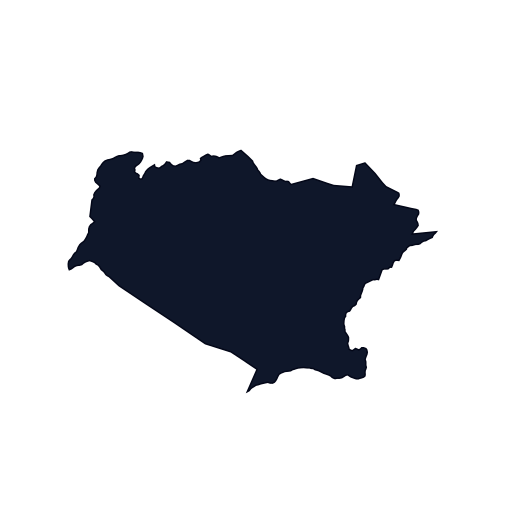 Jaguarari, Bahia, Brazil (Robinson projection), rotated 239°
{"feature_id": "56859067B76706661929889", "entity_name": "Jaguarari", "entity_type": "district", "adm_level": 2, "iso_a3": "BRA", "parent_name": "Brazil", "parent_adm1": "Bahia", "projection": "robinson", "projection_center": [-40.065, -10.053], "detail": "fine", "context": "isolated", "style": "filled", "palette": "ink", "viewbox_px": 512, "rotation_deg": 239, "n_neighbors": 0, "source": "geoboundaries", "source_scale": "gbopen_adm2", "svg_char_len": 5047}
<svg xmlns="http://www.w3.org/2000/svg" viewBox="0 0 512 512"><g transform="rotate(239 256 256)"><path d="M402.4,211.4L404.0,210.1L405.6,208.3L406.8,206.2L408.0,204.4L409.3,203.0L410.0,201.4L409.9,199.1L410.1,196.7L410.5,195.0L411.0,193.3L411.7,191.6L412.5,190.1L412.9,188.1L413.1,185.7L413.1,184.0L413.5,182.1L414.1,179.9L414.7,178.5L415.2,175.5L414.8,173.2L413.9,170.8L413.1,169.4L412.4,167.1L411.3,164.8L409.2,162.7L408.0,161.9L406.8,160.8L405.8,159.5L405.3,157.6L403.9,156.8L401.9,156.6L400.3,157.1L398.4,157.7L396.2,158.3L394.9,156.7L394.6,154.8L394.2,152.9L393.3,150.5L392.0,148.6L390.0,147.6L389.0,146.1L388.5,144.3L375.4,134.0L372.6,134.7L368.5,135.4L368.2,133.7L368.0,132.2L367.9,130.5L366.9,128.3L365.3,126.6L363.9,125.7L362.2,124.7L361.0,122.7L359.7,121.0L358.5,118.9L357.3,116.5L357.0,114.4L356.9,112.9L356.4,110.8L354.9,108.0L353.5,106.3L352.0,104.2L351.8,102.1L351.0,100.1L349.7,97.9L348.9,96.1L348.6,94.5L347.9,92.7L345.9,91.0L343.7,89.8L342.1,89.2L340.4,88.9L340.1,90.9L340.3,93.3L340.5,95.0L340.3,96.8L339.8,98.4L339.0,100.0L338.4,102.2L338.8,104.3L338.8,106.7L338.5,108.4L337.9,110.9L336.7,112.0L335.2,113.2L333.4,114.4L331.5,114.8L329.5,116.0L327.3,116.4L325.4,116.4L324.0,116.4L322.7,116.9L321.0,117.5L319.4,117.7L317.3,117.8L315.6,118.5L313.9,119.5L301.0,123.3L270.8,137.5L266.0,139.8L241.2,151.6L206.9,167.4L186.7,185.2L172.1,192.2L169.4,193.4L158.3,198.6L144.2,178.7L144.1,180.8L145.0,183.1L145.2,184.7L145.2,186.9L145.3,189.4L144.5,191.8L144.0,194.2L142.6,198.5L141.7,201.1L139.8,202.7L138.5,204.8L138.4,206.8L139.0,208.6L140.1,210.6L141.4,212.4L142.8,214.8L142.8,217.4L142.5,219.1L142.2,221.2L141.5,222.7L140.4,225.1L139.8,226.6L139.8,228.8L139.3,230.5L139.0,232.0L138.4,234.3L137.0,237.3L135.9,239.4L134.1,241.8L132.5,244.3L131.2,245.5L130.0,247.2L128.1,248.1L126.6,249.6L125.2,250.8L123.0,252.2L120.6,253.7L118.5,255.5L116.4,257.2L114.6,258.3L113.0,258.7L111.7,259.4L110.2,260.6L109.6,262.4L108.2,264.8L107.5,266.9L107.5,269.1L107.6,271.5L106.9,273.5L104.6,274.5L103.3,275.2L102.1,276.2L100.7,277.3L99.2,278.6L98.1,280.3L97.8,281.8L97.2,283.8L96.8,285.9L97.1,287.6L98.4,288.6L100.0,289.4L101.7,290.6L102.6,291.9L103.8,293.2L105.8,293.8L107.1,294.6L108.8,295.6L111.3,296.3L113.1,298.4L114.7,300.5L116.2,301.8L118.5,302.6L120.0,302.5L121.9,301.0L122.9,299.4L122.4,297.5L122.6,295.7L124.3,294.5L125.5,293.6L125.3,292.0L125.1,290.2L126.3,288.7L128.2,287.8L130.0,288.4L131.8,288.8L134.0,289.5L135.6,291.4L137.0,292.4L138.5,293.3L139.8,293.5L141.2,293.5L143.5,293.4L145.6,293.3L146.8,294.2L148.4,294.6L149.8,295.5L151.2,295.8L152.5,296.2L154.3,297.4L155.8,298.5L157.5,300.1L158.1,301.7L159.5,302.5L160.7,303.7L161.2,305.7L160.6,307.8L161.2,309.2L162.2,310.8L163.0,312.9L162.7,314.9L163.1,316.9L164.7,318.4L165.7,320.0L166.3,322.2L166.6,324.1L168.5,325.4L169.8,327.1L171.2,328.9L172.5,330.3L173.6,331.1L174.4,332.7L175.5,334.0L176.3,335.6L176.0,338.4L175.8,340.8L175.5,344.1L174.5,345.5L173.8,347.7L172.7,348.9L179.3,357.0L179.0,359.0L178.1,360.6L177.0,362.5L177.5,365.0L176.6,366.4L177.9,368.2L179.5,370.0L180.7,372.3L180.0,374.4L178.6,376.2L179.7,378.1L180.6,379.5L182.1,381.4L183.2,382.9L183.7,384.3L184.0,386.6L184.4,388.4L185.4,389.4L185.6,391.4L185.8,393.1L184.7,395.4L184.3,397.0L183.7,399.0L182.5,401.1L182.1,402.8L182.5,404.9L182.5,407.3L181.7,409.5L181.7,412.0L181.5,414.4L181.2,416.6L182.1,417.8L182.9,419.4L183.3,421.5L183.9,423.1L194.3,401.2L195.5,402.7L196.3,404.0L196.8,406.1L197.8,408.8L198.7,410.7L200.7,411.5L202.5,411.7L204.2,411.7L205.9,412.9L207.2,414.8L208.3,417.0L209.9,418.1L211.7,418.5L213.4,417.2L216.8,413.4L229.0,400.7L230.2,402.7L231.4,404.6L232.2,406.3L232.8,408.0L233.7,409.5L235.0,410.3L236.3,410.7L237.6,410.0L248.5,403.1L253.7,402.0L265.4,400.5L279.6,397.3L281.7,388.8L265.6,374.0L276.4,358.9L281.3,354.6L293.0,344.8L299.2,322.8L301.0,322.4L303.0,322.2L304.0,321.1L304.7,319.6L306.3,318.4L308.0,317.4L309.3,316.4L309.5,314.2L309.6,312.1L310.8,310.2L312.2,308.6L313.4,307.0L315.1,305.4L317.3,304.1L319.4,303.3L321.7,302.6L323.7,302.0L325.1,302.2L327.0,302.1L328.7,301.7L330.4,302.0L332.0,302.0L335.4,301.6L337.6,301.5L339.1,301.9L345.4,300.3L354.2,297.5L354.5,295.9L354.7,294.1L354.8,292.6L354.5,290.4L354.2,287.7L357.4,281.6L358.1,279.4L358.6,277.2L359.0,274.9L360.4,274.2L362.0,273.0L363.5,271.2L364.5,268.8L366.6,268.0L368.0,267.2L368.3,265.2L368.3,262.7L368.4,260.3L368.2,258.7L366.5,258.2L365.8,256.0L366.2,254.2L366.9,252.3L368.5,250.4L370.3,249.2L372.1,248.2L373.2,246.5L373.2,243.4L373.0,240.5L373.9,237.9L374.1,235.1L374.4,233.2L375.9,231.4L377.3,230.8L379.2,230.2L380.7,230.1L381.7,228.9L382.7,227.8L381.7,225.6L381.2,223.1L381.4,221.2L381.0,219.2L381.5,217.6L383.1,216.1L384.6,215.2L386.4,215.9L386.4,213.4L386.4,210.8L386.2,208.5L385.7,206.6L385.0,204.7L384.1,203.5L383.4,202.1L382.7,200.7L381.6,199.4L380.8,197.9L381.5,196.4L383.2,195.6L385.4,197.3L387.6,196.6L388.9,195.6L390.7,195.2L392.2,196.6L393.8,196.9L394.8,198.5L395.1,200.2L395.2,201.8L395.4,203.3L396.2,205.6L397.1,207.2L398.2,208.9L399.6,210.4L402.4,211.4Z" fill="#0f172a" stroke="#020617" stroke-width="1.5"/></g></svg>